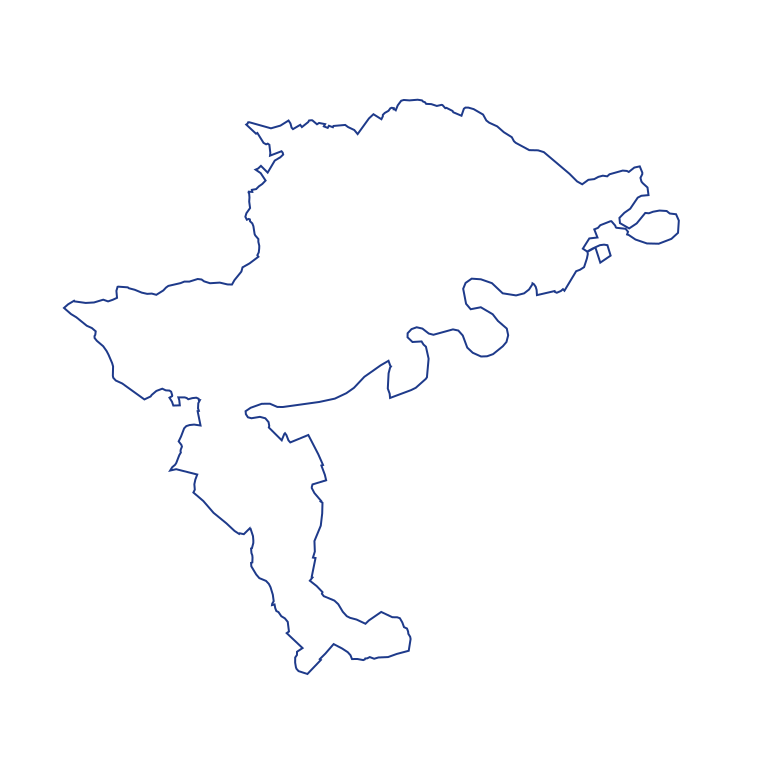 Ocna Mures, Alba, Romania, rotated 174°
{"feature_id": "2599482B18831456175320", "entity_name": "Ocna Mures", "entity_type": "district", "adm_level": 2, "iso_a3": "ROU", "parent_name": "Romania", "parent_adm1": "Alba", "projection": "equal_earth", "projection_center": [23.85, 46.393], "detail": "fine", "context": "isolated", "style": "outline", "palette": "blue", "viewbox_px": 768, "rotation_deg": 174, "n_neighbors": 0, "source": "geoboundaries", "source_scale": "gbopen_adm2", "svg_char_len": 6157}
<svg xmlns="http://www.w3.org/2000/svg" viewBox="0 0 768 768"><g transform="rotate(174 384 384)"><path d="M395.5,645.7L407.3,645.9L408.0,644.7L411.8,646.6L413.2,644.6L416.9,646.5L415.4,648.6L421.3,650.4L423.5,649.3L427.7,653.7L428.7,653.9L431.0,653.9L432.0,652.4L438.8,648.1L440.2,650.5L447.9,647.0L449.1,648.6L449.8,652.9L451.4,656.0L460.0,651.8L469.7,650.1L490.6,658.4L491.7,658.5L492.5,657.2L493.9,656.4L485.1,646.3L483.7,646.9L478.6,636.4L476.2,634.7L474.5,635.2L473.0,633.9L472.9,625.6L473.5,623.0L461.6,626.2L460.6,624.7L460.3,622.7L463.3,620.4L469.3,617.6L477.6,606.4L483.6,613.8L486.6,611.5L489.3,610.6L484.6,606.6L480.5,598.7L484.2,595.6L487.7,593.7L490.8,591.2L495.1,590.9L494.9,588.8L498.4,589.4L498.7,588.5L498.2,587.5L498.3,583.6L499.0,579.5L498.8,573.0L503.0,568.2L504.4,564.8L503.2,561.7L501.3,562.3L500.2,561.7L500.2,559.8L498.2,557.5L497.4,554.6L497.0,546.6L496.5,545.2L493.8,541.3L494.1,538.5L493.6,534.4L494.0,531.6L494.8,528.0L496.5,525.3L495.6,523.7L505.1,518.0L512.5,514.8L514.1,510.7L521.9,502.9L524.8,498.8L529.3,499.4L536.7,502.0L546.5,502.4L552.2,504.9L554.5,507.0L558.3,507.9L566.8,506.2L571.9,506.7L575.8,505.6L588.2,504.1L590.7,502.7L593.7,500.1L601.1,496.5L605.5,498.2L610.1,498.4L615.4,500.2L622.1,503.8L627.7,505.9L628.7,506.9L638.1,508.6L638.8,508.5L640.4,504.6L640.5,497.6L645.0,496.1L649.8,495.0L654.4,497.2L663.9,495.4L672.2,495.8L683.1,498.5L683.5,499.2L689.8,496.3L694.3,493.1L688.0,486.3L683.0,482.5L673.5,473.0L668.7,470.2L665.2,466.5L666.0,463.1L666.9,461.9L667.0,460.0L665.1,457.0L659.3,450.9L656.4,445.7L654.9,441.9L652.2,433.2L651.6,429.8L652.8,420.5L652.6,418.5L650.4,415.5L644.3,411.9L623.9,393.7L617.4,396.0L616.2,397.4L611.1,400.9L605.0,402.5L601.7,400.5L598.1,399.9L596.5,398.6L595.8,394.8L596.0,394.1L598.8,392.8L596.7,388.5L595.8,384.6L589.3,384.1L589.3,389.3L589.9,392.2L583.6,391.5L581.7,390.7L580.3,389.3L576.1,390.0L572.1,390.0L569.9,388.7L569.8,387.3L568.8,387.2L570.7,384.3L571.5,379.2L570.9,376.6L572.2,376.5L570.8,361.9L577.1,363.5L581.6,363.5L585.0,362.8L587.4,360.8L591.4,352.9L594.2,348.4L591.9,344.7L591.5,342.8L593.0,340.0L593.4,338.5L593.2,337.1L595.0,334.7L598.9,327.1L600.2,325.5L603.3,323.4L605.7,320.3L599.6,321.0L579.2,313.5L581.6,308.7L583.1,304.1L583.2,298.7L584.9,296.0L575.9,286.5L567.0,273.7L555.2,261.8L548.0,253.5L543.7,250.0L543.1,250.6L539.1,249.3L532.6,254.5L532.5,253.7L531.8,253.8L530.2,246.4L530.3,242.0L530.6,239.5L532.5,234.5L533.4,234.3L533.5,229.7L532.9,227.4L532.9,225.1L533.6,220.3L534.9,220.0L535.0,216.5L531.0,207.9L528.3,204.0L521.9,200.5L519.4,197.2L518.1,193.8L516.6,186.1L516.4,179.5L518.1,177.3L518.5,175.8L515.9,176.2L515.6,172.5L514.8,169.5L512.8,168.2L510.4,163.8L507.1,161.3L504.6,157.5L504.4,147.8L506.8,146.4L492.6,129.9L498.5,126.8L498.9,123.6L500.9,121.3L501.5,116.2L501.2,111.5L500.8,109.9L499.0,107.4L490.5,103.6L475.6,116.2L476.6,117.1L470.5,122.0L461.3,130.6L453.4,125.4L448.1,121.1L445.7,117.8L444.6,113.8L439.2,113.3L433.5,111.6L431.9,112.1L431.3,113.0L429.4,112.9L426.7,113.9L422.5,111.8L418.1,112.6L408.5,112.0L399.5,114.2L387.3,116.1L384.2,127.6L384.4,129.9L385.9,133.0L385.9,135.3L386.7,138.4L389.5,140.1L390.7,144.9L392.7,149.4L395.2,150.6L400.1,151.2L410.6,157.6L423.8,150.4L427.5,147.5L435.9,152.6L442.2,155.0L445.3,157.0L448.8,161.8L452.5,169.8L456.0,173.8L466.1,179.3L467.7,181.9L466.9,183.4L472.1,190.1L478.3,196.1L475.3,199.1L476.1,199.6L470.3,218.1L472.8,218.8L470.3,224.6L469.6,235.1L461.7,249.7L459.0,261.7L457.6,272.3L459.3,273.8L458.7,274.2L464.6,282.8L466.7,288.0L466.6,289.1L465.6,291.6L451.6,294.3L452.3,299.8L454.8,309.5L453.1,309.8L456.7,321.0L464.6,341.2L483.3,335.7L484.9,337.9L486.4,343.4L487.6,345.4L488.4,344.7L491.6,338.7L503.1,352.8L502.5,354.3L502.8,358.2L505.6,362.3L510.8,364.3L519.4,363.8L522.8,365.1L524.5,368.4L524.5,371.4L519.1,374.3L507.6,377.1L499.5,376.3L492.4,372.3L486.7,371.7L450.3,372.9L434.4,374.6L422.4,378.8L414.3,383.3L402.8,393.2L385.4,402.9L377.1,406.6L375.7,400.9L375.3,400.7L376.3,399.5L378.3,394.2L380.7,379.1L379.4,373.8L379.4,369.5L357.7,375.1L352.8,376.9L341.9,384.7L340.6,386.2L337.0,404.5L338.4,416.7L340.6,419.1L342.2,422.4L351.3,422.8L355.7,428.0L355.2,432.0L350.9,435.7L345.6,437.0L340.0,435.1L334.2,429.5L329.7,427.8L309.7,431.1L304.5,429.4L300.6,424.0L297.4,411.5L292.5,405.8L284.6,401.2L278.6,400.8L272.4,402.3L261.9,409.1L257.8,413.0L255.4,419.5L256.1,426.3L264.1,434.8L268.6,442.0L279.7,450.2L290.0,449.3L294.0,455.2L295.3,470.4L292.3,476.0L285.8,479.6L276.7,478.0L266.1,473.0L256.5,461.8L243.4,458.3L235.2,459.5L229.9,462.8L226.1,467.5L225.8,468.6L224.5,467.6L223.0,464.9L222.4,461.6L222.6,456.4L204.6,458.6L204.4,457.7L202.6,456.7L198.4,458.0L196.1,459.6L194.8,457.9L181.1,476.1L177.2,477.1L172.8,479.3L169.1,487.6L167.7,492.0L167.9,494.0L166.9,494.6L159.5,497.7L156.2,482.1L145.2,488.0L147.3,498.7L150.6,499.6L154.7,499.5L162.2,497.0L168.1,494.5L172.1,497.8L164.6,507.3L156.4,507.4L158.7,515.8L154.9,516.9L152.3,519.3L141.8,522.2L140.8,522.1L137.5,517.4L137.1,515.7L136.6,515.1L127.5,513.1L125.4,509.9L126.6,507.3L124.9,506.5L118.8,501.4L107.8,496.3L96.1,494.8L83.0,498.3L75.8,503.6L73.7,515.7L75.8,522.3L82.0,523.7L84.8,526.5L91.9,527.7L98.4,527.2L102.7,526.1L106.3,526.8L115.9,517.3L123.9,513.1L132.5,519.3L132.5,524.6L127.1,529.1L120.8,532.6L112.2,542.8L108.4,544.3L101.2,544.2L101.4,551.9L105.7,556.7L106.8,558.4L107.4,562.2L105.2,565.7L105.0,567.2L106.9,573.7L112.4,573.1L118.4,569.3L120.2,570.5L124.3,571.3L137.8,569.0L140.3,567.2L144.6,568.3L149.1,567.6L153.5,565.8L159.4,565.7L166.0,561.9L170.8,565.3L177.6,573.7L200.8,597.9L206.4,600.3L215.1,601.4L227.8,610.1L229.4,611.9L231.1,616.1L238.5,621.9L244.5,628.4L252.1,632.9L254.7,635.4L257.3,641.6L266.1,648.0L271.3,650.1L274.1,650.4L275.8,649.4L278.9,642.7L286.7,647.0L287.3,648.4L293.0,652.1L294.2,651.9L296.7,655.3L297.6,655.6L302.4,655.0L307.7,657.4L312.8,658.2L313.8,659.9L315.6,660.8L316.6,662.1L320.8,663.2L329.1,663.4L334.6,664.4L337.3,663.9L341.2,659.7L343.7,655.0L344.7,656.0L345.7,656.2L345.4,657.3L347.5,657.9L348.9,657.5L351.0,655.2L354.9,653.5L357.0,651.8L357.2,650.3L358.9,647.6L366.3,653.4L371.2,649.7L384.1,635.3L387.0,639.7L392.9,643.3L395.5,645.7Z" fill="none" stroke="#1e3a8a" stroke-width="2"/></g></svg>